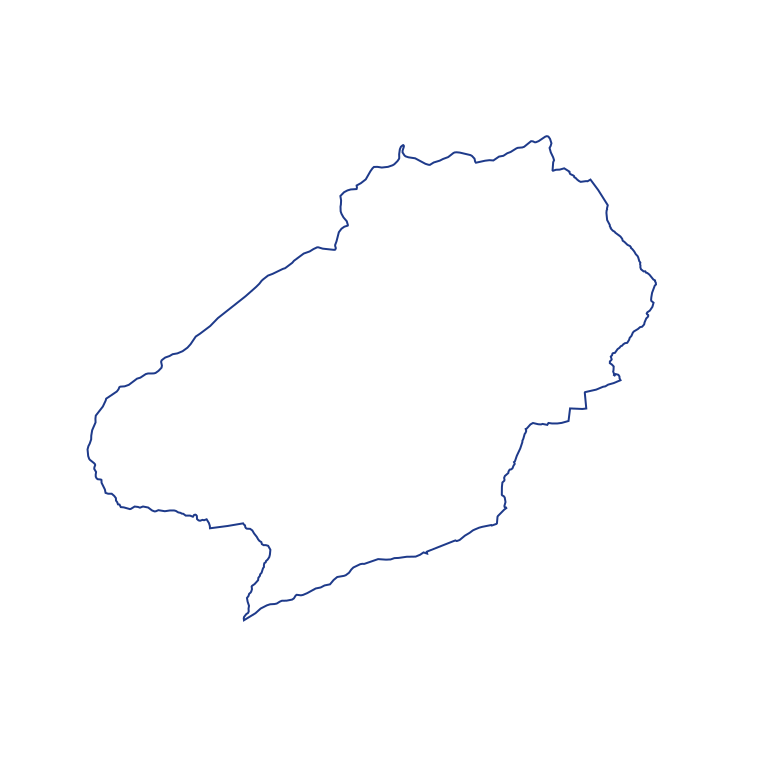 the district of Pasca, Cundinamarca, Colombia, rotated 233°
{"feature_id": "7082276B89051465067513", "entity_name": "Pasca", "entity_type": "district", "adm_level": 2, "iso_a3": "COL", "parent_name": "Colombia", "parent_adm1": "Cundinamarca", "projection": "robinson", "projection_center": [-74.281, 4.297], "detail": "fine", "context": "isolated", "style": "outline", "palette": "blue", "viewbox_px": 768, "rotation_deg": 233, "n_neighbors": 0, "source": "geoboundaries", "source_scale": "gbopen_adm2", "svg_char_len": 6154}
<svg xmlns="http://www.w3.org/2000/svg" viewBox="0 0 768 768"><g transform="rotate(233 384 384)"><path d="M487.0,101.1L485.0,99.1L483.4,98.0L481.5,97.7L480.2,98.1L478.1,100.4L477.4,100.6L475.1,99.0L467.7,97.6L464.6,96.1L462.3,97.7L460.2,100.5L457.0,101.2L454.2,101.2L452.2,99.8L450.1,99.8L448.0,99.1L446.9,100.2L444.1,99.7L442.1,101.9L437.0,105.8L436.6,106.8L436.2,111.1L433.9,113.5L432.1,114.7L431.2,117.8L427.3,121.3L422.5,122.7L420.3,124.1L419.7,125.1L419.0,127.9L414.3,132.4L411.9,136.8L409.4,140.2L407.9,141.4L405.3,142.4L403.5,144.0L402.3,144.4L401.1,145.6L398.3,146.4L395.6,149.9L393.0,151.5L393.7,153.6L393.2,154.7L392.4,155.1L391.2,155.1L388.7,153.4L386.7,153.8L385.5,154.8L384.7,157.3L383.5,158.3L382.7,160.9L378.3,160.5L375.5,159.5L373.5,158.2L364.7,173.7L357.5,187.6L356.2,187.5L354.7,187.9L353.2,187.1L352.0,187.0L351.0,187.4L348.9,189.9L346.3,190.7L342.8,190.3L338.5,190.4L335.7,190.0L333.6,190.1L331.6,190.9L329.6,190.1L327.7,190.9L326.5,192.6L324.5,194.1L320.0,193.5L316.4,190.2L314.8,188.2L313.8,185.4L313.6,183.2L312.8,182.2L312.9,180.5L311.4,178.9L310.1,178.0L309.6,176.4L306.9,172.6L306.5,170.5L305.5,169.5L304.8,167.0L303.1,165.4L302.1,160.3L302.2,157.2L301.9,156.4L299.6,155.1L298.1,153.0L297.7,151.9L297.6,150.1L296.2,148.1L295.6,145.8L292.3,144.1L288.1,142.7L286.1,140.6L283.8,139.1L283.0,137.7L283.1,135.5L282.2,132.1L281.3,131.0L279.6,130.0L278.3,143.4L278.9,150.4L277.7,157.3L276.6,160.5L274.2,164.1L273.2,166.2L272.9,169.7L272.4,171.9L269.6,175.8L267.1,180.9L267.0,183.0L268.2,186.1L268.2,187.4L265.2,190.5L264.3,192.4L263.2,196.8L261.8,206.4L259.6,211.0L258.9,215.3L256.5,220.3L257.8,225.8L258.0,230.5L254.9,236.5L254.3,238.4L254.3,242.5L255.5,246.2L255.9,249.1L254.4,256.6L253.5,258.4L252.2,260.0L247.7,273.9L242.5,279.9L239.9,283.7L238.7,287.5L236.3,291.0L232.4,298.1L227.1,305.4L225.9,310.1L225.7,314.2L222.6,316.4L224.3,317.2L224.0,318.5L216.7,344.9L216.1,346.9L215.0,347.4L214.6,348.1L213.9,350.5L214.2,357.4L213.6,362.9L213.6,366.8L213.2,368.8L212.0,373.5L210.8,376.5L206.8,384.8L206.1,384.9L204.6,389.6L204.8,390.4L209.6,394.7L210.0,395.5L211.3,404.3L211.3,407.0L212.0,407.1L213.0,406.3L214.1,406.7L216.6,410.0L220.7,412.1L222.4,412.1L223.8,411.4L224.6,411.4L230.8,416.2L234.1,419.3L234.4,421.9L235.0,422.6L236.7,423.4L237.8,425.2L238.1,429.7L239.2,430.8L240.0,432.8L239.3,434.2L239.3,435.8L240.9,438.4L241.4,440.1L241.9,440.5L243.4,440.8L243.5,442.1L246.7,446.8L250.5,454.0L254.3,459.5L255.4,460.4L256.4,462.3L259.4,466.2L259.9,467.8L260.9,469.3L262.8,470.1L262.5,471.1L263.6,476.6L263.2,479.5L259.0,483.0L257.2,485.1L256.7,486.6L253.1,489.8L253.9,491.9L251.2,494.6L248.1,498.8L246.0,502.5L243.4,509.1L252.5,517.9L244.6,527.5L242.7,530.8L256.2,539.1L256.5,539.7L251.8,550.1L250.0,557.2L248.9,559.4L248.6,562.6L246.5,568.0L244.7,575.2L246.7,575.5L248.4,576.6L250.3,576.7L252.5,575.0L252.0,573.3L252.8,573.0L253.5,573.8L256.0,574.5L256.9,575.6L259.8,578.0L262.5,577.7L264.7,576.9L266.1,578.0L266.3,579.9L266.7,580.7L269.4,581.6L269.7,583.4L270.8,584.8L270.8,585.5L269.9,587.2L271.3,591.6L271.2,593.8L271.7,595.8L271.3,597.2L271.7,598.9L271.6,600.9L270.5,603.1L271.8,606.4L273.0,608.0L273.5,610.6L275.2,613.5L275.6,615.1L275.1,619.9L275.3,622.7L274.4,624.6L275.0,627.6L276.4,629.2L278.6,633.0L278.7,634.7L279.3,636.0L280.2,636.5L281.3,636.1L282.3,636.3L282.8,637.6L282.6,640.4L284.1,644.8L286.7,648.2L289.4,647.5L290.4,647.9L292.4,649.7L295.5,653.0L299.6,659.4L299.8,661.1L301.5,662.1L302.8,662.2L303.6,662.8L305.4,662.0L311.6,661.8L314.2,661.1L315.2,660.3L316.7,660.5L317.7,659.1L321.0,658.3L323.0,659.0L324.1,660.0L325.7,660.7L326.7,661.8L328.4,661.8L332.1,663.2L333.6,663.5L336.1,663.2L339.2,663.6L342.4,663.5L344.1,663.1L344.6,663.5L346.1,663.5L348.6,662.2L353.1,661.5L354.0,661.1L354.9,660.9L356.6,661.6L359.5,661.6L365.6,659.8L366.9,659.8L368.7,659.0L371.8,658.7L372.4,659.2L373.9,659.2L375.0,660.0L380.7,660.9L386.8,664.6L388.7,666.3L389.1,667.2L390.0,667.7L392.1,670.3L409.9,671.8L423.0,671.9L423.4,668.6L424.4,667.5L427.1,662.7L429.0,661.8L431.4,661.2L433.0,661.1L434.6,660.4L435.6,660.9L436.5,660.7L439.6,659.1L441.7,659.5L442.0,659.9L447.8,657.7L449.5,653.3L451.6,650.3L452.6,647.3L453.2,647.2L459.3,652.6L460.4,654.5L463.2,655.5L468.6,656.6L472.9,658.3L473.8,660.3L475.5,662.6L479.8,664.1L482.2,664.2L483.2,663.9L484.1,662.9L484.5,661.5L484.9,653.7L485.7,650.7L486.3,649.9L488.1,649.0L489.4,647.6L489.1,638.7L489.7,636.8L492.1,633.0L492.5,631.6L493.1,624.7L494.1,621.4L494.4,616.7L496.4,612.7L496.7,605.9L499.3,602.9L501.5,599.1L505.4,590.6L506.7,590.6L509.5,591.9L513.2,591.5L514.8,590.8L523.2,583.8L525.4,581.4L526.4,579.8L526.7,578.6L526.6,571.8L528.2,566.5L528.8,563.0L531.0,557.0L531.4,552.5L532.4,551.4L534.9,549.6L545.5,544.7L550.4,539.9L552.9,538.2L554.3,537.9L557.8,538.2L559.2,539.3L561.6,542.7L562.3,543.2L563.1,543.2L563.4,542.6L563.3,540.3L561.9,537.9L558.4,534.4L555.2,532.1L554.7,531.3L553.9,528.9L553.3,524.5L553.5,522.5L555.0,517.9L558.2,512.5L561.4,509.4L563.4,506.6L563.2,504.7L562.1,501.2L558.4,492.6L558.3,486.4L559.0,481.6L557.0,480.5L556.2,479.4L559.4,474.5L560.6,471.3L561.2,467.5L560.4,462.3L556.4,460.2L553.3,457.6L551.8,456.0L548.0,453.3L545.6,452.5L541.4,451.9L536.4,452.2L532.6,450.8L532.3,450.3L533.5,447.0L533.6,443.5L532.4,439.3L526.5,431.9L524.4,428.6L523.5,428.0L521.5,427.3L520.7,426.0L520.8,425.4L521.5,424.5L529.0,416.5L532.7,413.8L533.4,412.8L534.2,408.9L534.6,404.4L536.5,398.4L536.6,386.3L536.0,383.7L536.0,374.7L536.8,372.5L539.0,361.3L540.4,356.6L540.3,350.6L540.1,348.4L539.1,344.8L538.5,340.4L537.4,326.2L536.6,291.0L534.9,280.1L534.9,267.3L535.2,262.2L532.2,253.5L531.3,248.9L531.4,242.9L532.8,237.4L535.0,233.1L535.4,229.6L536.8,225.2L536.8,222.0L536.7,220.6L535.8,219.3L532.3,217.7L530.9,216.1L530.2,211.8L530.3,208.2L531.0,206.5L534.4,201.9L535.3,199.7L535.7,193.2L536.9,190.0L536.9,179.7L538.2,175.5L540.6,171.8L540.7,170.7L539.5,168.7L538.8,166.1L539.5,153.3L538.3,151.8L535.2,145.9L532.2,134.8L530.0,132.7L526.9,130.5L522.7,123.1L518.9,119.1L516.0,116.8L513.5,113.1L512.3,110.6L510.2,107.9L504.5,104.4L501.7,103.5L500.4,103.5L495.3,104.8L493.8,104.9L493.0,104.5L491.8,102.6L490.6,101.5L487.0,101.1Z" fill="none" stroke="#1e3a8a" stroke-width="2"/></g></svg>